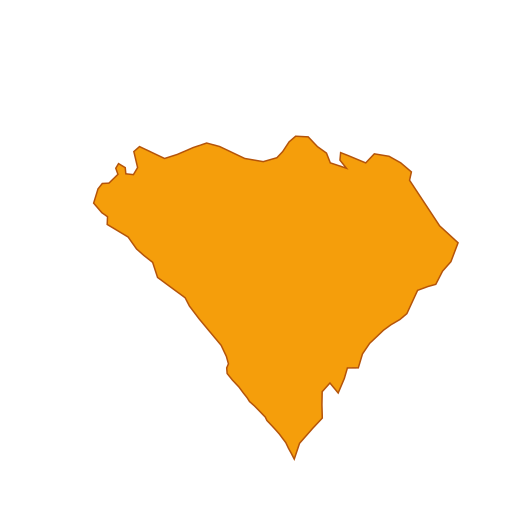 Loutros, Cyprus, rotated 211°
{"feature_id": "46923920B13222892315728", "entity_name": "Loutros", "entity_type": "district", "adm_level": 2, "iso_a3": "CYP", "parent_name": "Cyprus", "parent_adm1": "", "projection": "robinson", "projection_center": [32.761, 35.157], "detail": "fine", "context": "isolated", "style": "filled", "palette": "amber", "viewbox_px": 512, "rotation_deg": 211, "n_neighbors": 0, "source": "geoboundaries", "source_scale": "gbopen_adm2", "svg_char_len": 1351}
<svg xmlns="http://www.w3.org/2000/svg" viewBox="0 0 512 512"><g transform="rotate(211 256 256)"><path d="M426.0,232.2L422.4,217.7L410.4,213.7L403.5,213.2L399.8,206.4L375.4,206.4L362.0,200.5L352.3,198.7L341.3,197.3L329.3,186.9L295.2,183.7L287.3,178.8L272.6,172.9L256.9,167.4L239.9,161.5L229.7,154.7L224.1,149.4L223.5,145.0L220.2,140.4L212.3,137.5L203.1,134.9L196.1,132.0L190.5,129.9L186.6,127.9L180.1,126.7L172.5,124.7L168.1,123.5L165.1,122.7L161.9,120.6L155.7,118.9L150.9,117.5L144.2,115.4L139.4,113.4L134.4,111.4L129.1,107.9L124.1,105.0L118.6,101.6L122.2,117.9L118.6,137.7L115.7,151.2L122.9,162.5L129.4,173.8L127.2,185.2L115.0,180.9L117.2,196.5L120.0,207.1L110.7,212.8L114.3,226.9L113.6,239.7L111.4,247.5L108.5,258.1L104.9,266.6L99.9,275.8L97.0,284.3L99.8,309.8L92.9,318.4L87.3,324.3L88.3,339.2L86.0,351.5L89.6,371.4L114.1,376.4L140.2,388.9L163.4,400.0L166.1,408.1L180.0,410.4L193.3,410.0L207.2,404.5L209.9,392.3L228.4,389.6L236.7,388.2L233.4,381.4L223.7,377.8L240.3,374.1L248.6,380.5L259.7,381.4L272.6,385.0L283.7,379.1L286.4,371.0L286.9,359.2L288.7,351.0L298.4,340.6L315.9,333.8L343.6,331.1L356.5,327.4L365.7,316.6L375.8,302.5L384.6,292.5L412.2,289.8L414.5,282.6L403.0,270.8L403.0,262.6L409.9,259.4L413.6,264.4L421.4,264.4L421.4,259.0L416.4,254.9L419.6,242.7L425.1,239.0L426.0,232.2Z" fill="#f59e0b" stroke="#b45309" stroke-width="1.5"/></g></svg>